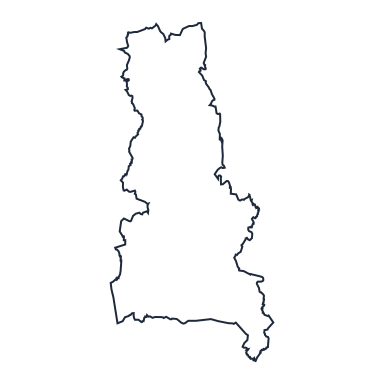 the district of Ixmiquilpan, Hidalgo, Mexico
{"feature_id": "50627088B45047624087039", "entity_name": "Ixmiquilpan", "entity_type": "district", "adm_level": 2, "iso_a3": "MEX", "parent_name": "Mexico", "parent_adm1": "Hidalgo", "projection": "equal_earth", "projection_center": [-99.19, 20.539], "detail": "fine", "context": "isolated", "style": "outline", "palette": "slate", "viewbox_px": 384, "rotation_deg": 0, "n_neighbors": 0, "source": "geoboundaries", "source_scale": "gbopen_adm2", "svg_char_len": 6005}
<svg xmlns="http://www.w3.org/2000/svg" viewBox="0 0 384 384"><path d="M117.5,323.3L122.7,321.2L125.0,317.2L128.8,316.0L129.4,315.2L130.5,315.0L132.0,313.3L133.7,313.1L133.6,315.7L134.2,318.3L135.0,319.8L138.4,319.7L141.5,322.1L142.2,321.9L142.5,321.2L143.6,321.1L144.3,317.7L145.0,317.4L145.2,316.5L146.5,316.9L147.0,315.1L148.5,316.7L150.1,316.4L152.5,317.8L155.2,317.0L161.2,317.1L163.1,317.4L163.7,318.0L166.2,316.8L170.4,319.3L171.5,319.2L172.0,318.6L176.1,318.9L177.2,319.3L181.3,322.7L183.4,323.6L185.0,323.2L188.2,320.8L196.0,320.8L210.9,319.1L218.0,321.1L228.5,323.2L232.7,323.4L233.7,323.9L235.8,322.6L245.9,333.9L247.9,335.2L247.4,340.0L244.3,343.1L242.6,346.8L243.9,347.7L245.8,347.6L247.9,349.0L247.5,349.4L248.3,349.2L247.8,350.0L246.4,350.2L246.7,351.7L246.2,352.6L246.3,353.4L247.0,354.0L246.9,354.6L247.8,354.8L248.6,356.7L249.9,356.8L250.1,357.4L249.8,357.8L250.6,358.8L251.7,358.5L253.0,359.2L253.5,358.7L253.4,360.3L254.4,360.4L254.6,359.8L254.8,360.6L255.6,361.0L257.1,357.5L260.0,353.5L260.1,352.4L260.7,352.5L260.7,350.7L262.0,350.3L262.0,349.9L263.4,349.9L263.4,349.4L264.1,349.5L264.1,349.0L264.8,349.2L266.3,348.5L266.3,347.6L267.9,347.1L268.6,338.2L268.0,337.0L266.4,336.6L265.0,334.9L265.0,333.9L264.2,332.9L264.5,330.1L267.4,329.6L268.2,328.1L273.3,322.5L268.6,315.5L267.8,316.0L265.2,315.1L264.5,314.8L263.3,312.4L263.0,313.0L262.7,312.8L263.0,311.9L261.5,308.9L261.7,308.2L262.5,308.3L262.3,307.2L263.9,305.8L264.2,304.9L262.7,304.3L263.1,302.7L263.6,302.6L263.6,300.9L264.1,300.0L264.0,299.3L263.7,299.4L263.6,298.2L264.0,295.9L263.4,294.6L261.2,292.4L260.6,292.5L259.6,291.7L259.0,288.1L256.8,283.7L257.0,282.6L257.7,281.7L261.4,281.6L263.0,280.8L263.3,280.2L263.2,278.2L262.5,277.2L260.7,276.5L250.4,274.0L250.2,274.5L243.7,271.1L239.2,270.5L238.9,269.5L239.2,268.4L237.8,267.0L236.0,261.1L234.2,257.7L235.4,256.0L235.7,254.6L237.0,254.9L238.4,253.2L240.7,251.8L242.3,246.9L242.3,246.4L241.6,245.9L241.5,245.0L242.6,244.2L244.3,241.5L245.6,239.4L245.7,238.4L246.9,237.8L248.1,239.4L249.7,240.2L251.9,238.2L252.3,233.6L251.4,232.1L249.0,231.1L248.2,229.6L248.3,227.6L250.6,226.8L250.7,227.4L251.8,227.4L252.6,224.3L253.6,223.8L253.2,223.3L253.7,222.4L251.9,218.9L253.3,217.2L255.1,218.3L255.9,217.7L256.0,216.8L257.1,216.3L257.1,215.2L258.0,213.9L257.7,213.2L258.6,211.5L258.2,210.4L259.0,209.9L258.4,209.0L258.9,208.4L258.1,207.5L256.6,207.9L256.9,206.9L255.6,207.1L254.9,204.6L253.6,204.6L253.0,205.1L252.7,204.8L252.6,204.2L253.2,203.6L252.3,202.9L251.5,201.1L251.8,199.9L250.8,200.3L249.5,194.8L249.2,194.6L249.2,195.4L248.0,197.2L244.4,199.1L244.1,199.7L241.9,199.5L240.3,200.5L239.4,200.4L238.3,199.5L236.2,194.4L230.8,193.7L231.0,188.8L230.4,187.8L230.8,187.1L230.6,186.8L229.9,187.3L229.9,185.3L228.8,182.1L227.9,181.1L226.7,181.0L222.7,184.3L221.0,184.4L220.8,178.3L221.1,176.5L220.1,175.5L218.9,175.5L218.1,176.8L218.0,178.8L214.7,174.2L217.7,169.8L219.6,168.2L221.1,167.3L222.9,168.1L224.7,167.7L224.0,165.9L222.6,164.8L222.3,162.6L222.8,155.7L222.2,146.6L222.6,140.3L221.9,138.9L221.3,140.6L220.6,138.5L219.7,140.3L219.9,134.1L218.4,130.4L218.7,127.5L219.4,126.4L220.3,121.6L220.1,114.3L219.7,113.6L218.1,114.1L216.6,113.3L215.5,106.5L214.4,106.6L212.1,105.5L209.7,105.2L211.1,103.5L211.8,101.6L212.9,100.3L214.4,99.8L214.5,98.8L211.9,94.0L210.4,89.7L209.7,89.3L208.6,87.1L206.1,83.8L205.7,82.5L205.9,81.2L204.0,80.0L202.3,75.7L198.9,72.0L199.4,71.2L200.5,70.8L200.6,69.9L199.8,68.7L200.9,67.7L201.4,67.6L203.5,69.1L204.9,69.4L205.7,69.0L205.7,68.1L204.9,66.6L205.1,65.1L204.5,65.0L203.7,63.0L206.1,56.7L205.6,53.2L206.1,48.1L204.7,36.6L204.7,32.4L204.2,31.2L202.0,28.7L201.1,23.0L198.3,23.2L197.0,24.8L192.2,26.1L189.1,26.0L183.6,28.5L182.7,29.1L179.9,35.1L175.3,34.9L171.0,33.6L170.7,34.9L169.5,35.6L169.2,36.4L169.3,39.1L167.6,39.7L165.6,41.4L165.2,38.0L163.3,34.0L161.0,32.2L160.0,30.8L158.0,26.2L156.2,24.1L155.5,25.6L151.9,28.4L150.5,27.8L148.8,28.7L146.2,27.7L145.0,29.1L137.2,32.0L134.5,32.0L130.2,32.8L128.3,32.3L127.9,32.9L128.1,34.7L127.5,35.1L127.4,36.5L126.3,37.6L127.1,42.4L128.2,45.9L127.9,46.7L126.9,47.8L119.6,49.2L124.2,51.0L124.8,52.5L127.8,53.9L129.7,56.2L129.8,57.3L128.9,60.5L126.9,65.0L127.3,68.7L126.9,69.6L125.5,70.2L123.8,71.8L123.1,73.5L123.3,74.5L122.8,75.9L121.4,76.7L122.0,77.4L124.5,78.4L124.3,80.5L125.3,80.6L126.3,79.5L128.2,79.0L128.7,79.3L128.8,80.3L126.6,81.8L127.0,84.2L126.8,86.4L127.7,87.6L127.9,89.2L125.6,89.9L127.0,91.3L128.8,95.0L130.2,95.9L131.4,95.6L132.4,96.2L132.5,98.0L131.6,101.5L132.0,102.1L131.9,103.1L133.1,104.1L134.8,108.1L134.3,110.0L134.7,110.7L137.4,110.6L139.0,113.3L141.5,114.5L141.5,116.2L142.6,117.4L142.8,119.0L142.2,119.6L143.0,120.9L142.0,125.6L141.5,126.6L141.0,126.5L140.6,127.2L140.3,128.7L139.3,128.9L139.4,129.6L138.3,130.5L138.6,131.1L137.5,133.0L138.1,134.3L135.6,136.6L134.9,137.8L133.5,137.3L130.7,141.8L130.3,146.0L129.0,148.7L129.4,150.7L129.1,151.7L132.7,158.1L132.0,160.0L131.7,159.9L131.8,161.1L131.3,161.8L131.8,161.9L131.7,163.0L130.1,163.9L130.6,165.0L128.8,166.2L128.4,169.7L127.5,171.0L126.7,174.4L125.6,174.2L125.6,175.1L124.9,174.8L123.9,176.4L123.0,176.4L122.2,178.7L120.8,180.3L123.0,182.6L122.9,186.8L123.6,190.4L124.4,190.7L126.8,189.6L128.9,191.6L130.3,191.9L134.9,190.6L135.4,191.9L134.8,193.8L135.9,194.5L136.6,198.7L144.9,201.8L147.5,203.9L148.4,203.6L147.6,205.1L147.5,207.1L148.3,210.0L148.0,212.9L146.8,211.3L143.0,212.7L142.2,214.4L140.7,214.0L139.4,212.7L135.8,213.7L133.1,215.8L131.0,220.9L130.4,221.3L129.4,221.2L123.9,218.5L121.2,221.1L119.7,231.4L122.3,235.6L123.0,236.0L122.8,236.9L123.4,237.2L123.1,237.8L123.9,237.2L123.8,240.2L125.3,240.2L125.2,244.5L115.2,247.7L115.8,249.4L117.0,249.6L118.5,251.2L119.4,253.6L119.5,255.5L120.2,255.7L120.1,256.6L120.9,256.6L120.6,260.3L121.2,260.3L121.0,261.4L121.3,261.5L120.6,271.0L120.0,274.5L118.7,277.0L118.6,278.0L117.4,277.6L117.3,278.6L116.7,278.4L116.8,279.3L116.2,279.2L116.0,279.9L115.4,279.6L112.9,281.8L110.7,282.9L111.5,289.5L113.4,297.4L117.5,323.3Z" fill="none" stroke="#1e293b" stroke-width="2"/></svg>